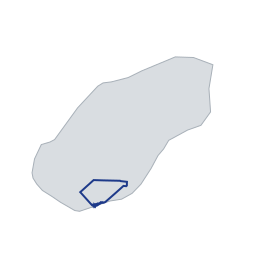 location of 94, Al Wakrah, Qatar, rotated 48°
{"feature_id": "91078587B61395128667616", "entity_name": "94", "entity_type": "district", "adm_level": 2, "iso_a3": "QAT", "parent_name": "Qatar", "parent_adm1": "Al Wakrah", "projection": "albers", "projection_center": [51.484, 24.925], "detail": "fine", "context": "in_parent", "style": "outline", "palette": "blue", "viewbox_px": 256, "rotation_deg": 48, "n_neighbors": 0, "source": "geoboundaries", "source_scale": "gbopen_adm2", "svg_char_len": 2439}
<svg xmlns="http://www.w3.org/2000/svg" viewBox="0 0 256 256"><g transform="rotate(48 128 128)"><path d="M138.2,227.8L127.3,230.5L117.1,233.4L108.5,233.3L101.7,232.1L97.1,229.3L88.4,218.1L82.3,203.5L86.2,195.4L87.5,190.3L79.3,151.9L76.7,122.5L77.8,116.4L82.6,109.5L90.6,94.2L94.8,79.4L106.8,45.3L119.4,32.2L137.8,22.6L152.9,41.5L171.3,55.9L174.8,72.0L169.4,85.1L164.4,106.0L167.4,115.6L168.5,124.0L173.5,137.9L178.4,156.0L179.3,168.7L176.6,180.4L170.2,190.2L157.5,219.7L153.7,222.8L138.2,227.8Z" fill="#d9dde1" stroke="#a8b0b8" stroke-width="1"/><path d="M167.3,164.8L162.4,169.1L162.0,169.2L161.9,169.2L150.6,181.2L143.7,188.4L143.7,206.4L160.9,206.4L160.9,206.0L164.0,206.0L163.9,204.7L164.0,204.7L163.9,204.6L163.9,204.8L163.9,205.0L163.8,204.9L163.7,204.8L163.4,204.7L163.3,204.8L163.2,205.0L163.0,205.4L163.0,205.5L162.8,205.6L162.7,205.6L162.6,205.4L162.5,205.2L162.4,205.1L162.1,204.9L162.0,204.7L161.9,204.5L161.9,204.4L162.1,204.4L162.1,204.5L162.2,204.8L162.3,204.9L162.3,204.5L162.4,204.4L162.5,204.4L162.4,204.3L162.5,204.3L162.6,204.2L162.6,204.3L162.8,204.4L162.9,204.5L163.1,204.4L163.1,204.5L163.3,204.5L163.5,204.5L163.5,204.4L163.5,204.5L163.6,204.2L164.1,204.2L164.1,204.4L164.3,204.1L164.4,203.9L164.5,203.7L164.4,203.6L164.3,203.8L164.2,203.7L164.1,203.8L163.9,203.8L163.8,203.7L163.4,203.8L163.4,204.1L163.2,204.1L163.2,203.9L162.9,203.8L162.9,204.0L162.8,203.8L162.7,203.7L162.9,203.6L163.1,203.5L163.3,203.5L163.3,203.4L163.2,203.3L163.2,203.2L163.2,202.6L163.3,202.4L163.4,202.2L163.5,202.1L163.6,201.9L163.7,201.6L163.7,201.3L163.8,201.0L163.9,200.8L164.0,200.8L164.1,201.0L164.1,201.3L164.1,201.5L164.1,201.9L164.0,202.3L164.1,202.7L164.2,202.9L164.4,202.9L164.5,202.8L164.6,203.0L164.6,203.3L164.5,203.7L164.6,203.4L164.7,203.2L164.8,203.0L164.8,202.9L164.9,202.7L165.0,202.5L165.1,200.6L165.2,200.2L165.3,200.1L165.5,199.6L165.7,199.2L165.6,199.5L165.5,199.4L165.4,199.2L165.2,199.1L165.3,199.0L165.3,198.9L165.2,198.8L165.0,198.5L165.0,198.4L164.9,198.2L164.9,197.8L165.0,197.7L165.3,197.5L165.6,197.6L165.7,197.8L165.8,197.8L165.9,197.7L166.0,197.7L166.2,197.2L166.3,196.8L166.5,196.9L166.6,196.6L166.5,196.4L166.8,196.3L166.9,196.2L166.9,196.3L167.0,196.2L167.0,196.3L166.9,196.5L166.8,196.8L167.1,196.2L167.2,195.9L167.3,195.8L167.3,195.7L167.4,195.4L167.5,195.1L167.6,194.9L167.8,194.6L168.0,179.8L168.0,170.1L170.0,168.3L170.0,167.4L167.3,164.8Z" fill="none" stroke="#1e3a8a" stroke-width="2"/></g></svg>